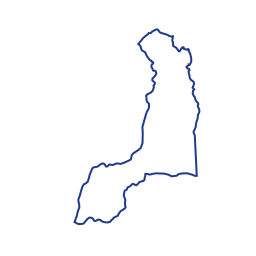 the district of Gadette, Dennery, Saint Lucia, rotated 155°
{"feature_id": "8701671B91623550198243", "entity_name": "Gadette", "entity_type": "district", "adm_level": 2, "iso_a3": "LCA", "parent_name": "Saint Lucia", "parent_adm1": "Dennery", "projection": "albers", "projection_center": [-60.911, 13.957], "detail": "fine", "context": "isolated", "style": "outline", "palette": "blue", "viewbox_px": 256, "rotation_deg": 155, "n_neighbors": 0, "source": "geoboundaries", "source_scale": "gbopen_adm2", "svg_char_len": 5537}
<svg xmlns="http://www.w3.org/2000/svg" viewBox="0 0 256 256"><g transform="rotate(155 128 128)"><path d="M44.4,159.9L43.6,160.6L42.7,161.3L42.0,162.8L41.3,164.4L40.9,166.2L40.6,167.3L40.3,168.9L40.3,170.0L40.4,171.4L40.4,172.5L39.9,173.0L39.8,173.6L40.0,174.0L40.5,174.3L41.3,174.2L41.5,174.2L41.8,174.3L44.0,176.1L44.1,176.4L44.1,176.6L43.6,177.2L43.5,177.4L43.6,177.7L43.8,177.9L44.0,178.0L44.6,178.1L44.8,178.1L45.5,177.7L46.2,177.4L46.4,177.3L46.7,177.1L47.1,176.8L47.5,176.5L47.9,176.2L48.2,176.0L48.4,176.0L48.9,175.8L49.2,175.8L49.6,176.1L49.6,176.3L49.6,176.6L49.9,178.1L50.0,178.5L50.2,179.3L50.2,179.9L50.4,180.4L51.2,181.5L51.7,182.3L51.9,182.5L52.0,182.7L52.2,183.1L52.3,183.4L52.3,183.9L52.2,184.1L51.8,184.7L51.6,184.9L51.5,185.2L51.4,185.5L51.1,186.1L51.0,186.3L50.9,186.6L51.0,186.8L51.1,187.3L51.1,187.6L51.0,187.9L50.7,189.0L50.1,189.8L49.9,190.1L49.4,190.5L49.0,191.3L48.8,191.6L48.6,192.2L48.9,192.2L49.4,192.4L49.6,192.5L49.9,192.5L50.1,192.6L50.4,192.8L50.6,192.9L51.0,193.3L52.0,194.3L52.2,194.7L52.4,195.1L52.7,195.5L53.1,195.9L53.9,196.7L54.3,197.1L54.7,197.4L55.5,198.2L56.7,199.2L57.2,199.7L57.9,200.4L58.1,200.6L58.3,200.8L58.5,201.0L58.7,201.4L58.9,202.1L59.1,203.1L59.3,204.1L59.5,204.5L59.9,205.0L60.1,205.2L60.5,205.3L61.0,205.4L61.6,205.4L62.3,205.4L62.7,205.3L64.7,205.2L65.5,205.2L66.2,204.7L66.4,204.6L67.0,204.5L67.4,204.5L67.7,204.5L68.1,204.7L68.4,204.9L69.0,205.3L69.2,205.2L69.5,205.0L70.0,204.7L70.4,204.6L70.8,204.5L71.3,204.4L72.7,204.1L74.3,203.7L75.9,203.2L76.7,202.9L77.9,202.3L79.3,201.6L80.8,200.9L81.4,200.6L83.1,199.7L82.8,199.3L82.7,198.6L82.2,197.5L82.1,197.2L82.1,196.7L82.1,196.4L82.3,195.9L82.5,195.0L82.5,194.3L82.6,193.7L82.6,193.0L82.4,192.2L81.7,191.0L80.9,190.1L80.7,189.8L80.5,189.5L80.5,189.2L80.5,187.9L80.5,187.1L80.5,186.6L80.5,185.8L80.4,184.9L80.3,184.1L80.2,183.5L80.0,182.6L79.7,181.0L79.4,180.2L78.7,179.4L78.5,179.2L78.4,179.0L78.4,178.9L78.6,178.4L78.6,178.1L78.2,177.8L77.9,177.6L77.7,177.4L77.6,177.1L77.5,176.7L77.6,176.4L77.7,176.1L77.9,175.8L78.1,175.7L79.0,175.6L79.5,175.5L79.9,175.2L80.1,175.0L80.8,173.7L81.0,173.3L80.7,171.8L80.7,171.4L81.0,170.6L81.0,169.6L80.8,169.3L80.6,169.1L79.8,168.8L79.0,168.0L78.9,167.1L79.3,165.4L80.0,164.9L80.6,164.4L81.1,164.1L82.1,163.5L83.5,162.9L84.9,162.5L85.3,161.9L85.8,161.0L85.4,159.7L85.2,159.3L84.8,158.6L84.5,157.6L84.9,156.9L85.2,156.6L85.9,156.1L86.8,155.7L87.0,155.6L87.2,154.5L87.2,154.3L88.2,153.0L90.3,151.1L92.6,150.4L93.2,150.4L96.4,150.4L97.4,149.8L98.1,149.5L98.2,148.3L98.7,147.1L99.1,146.2L99.6,145.1L99.6,143.5L99.1,142.4L98.8,141.4L99.0,140.7L99.6,139.2L100.0,138.3L100.4,137.7L101.0,137.0L101.3,136.6L102.1,136.1L103.6,135.0L104.0,134.8L105.6,133.1L110.8,127.2L111.9,125.8L114.4,123.0L115.5,120.4L116.9,116.9L117.4,115.9L121.2,108.2L125.1,104.4L128.4,103.6L131.3,103.1L133.2,103.0L135.9,102.0L138.1,99.0L138.8,98.3L141.3,98.1L145.2,98.2L149.6,98.5L151.1,99.3L152.2,100.3L153.9,100.8L155.8,100.8L157.3,100.9L157.9,101.1L159.8,102.5L160.7,102.7L163.0,101.9L164.1,102.3L164.3,102.9L164.4,103.7L164.3,104.5L164.9,105.8L165.9,106.6L168.0,106.8L169.5,106.4L170.4,106.2L172.0,105.9L176.3,106.9L176.5,106.8L177.9,106.1L180.9,103.2L182.6,101.7L183.8,100.1L184.5,99.3L186.3,97.3L187.3,96.3L189.4,95.7L191.8,95.6L194.0,94.2L195.2,92.9L195.9,92.1L197.5,90.4L198.9,88.7L199.1,88.3L201.2,86.2L201.8,85.6L203.4,83.9L203.8,82.7L204.1,81.7L204.3,80.9L204.6,79.2L205.9,76.2L206.5,75.8L207.6,74.7L208.2,74.2L208.4,74.0L210.5,71.4L211.3,70.2L211.7,69.7L212.5,69.0L213.3,68.3L215.2,66.3L215.9,65.6L216.2,65.4L215.4,64.4L215.0,63.6L213.6,62.0L211.6,61.0L209.4,60.2L207.9,60.5L206.6,61.2L205.0,61.9L203.2,62.7L201.2,63.1L200.1,62.8L198.6,61.6L198.0,60.3L198.1,58.7L197.5,58.1L197.1,57.6L196.3,57.4L193.9,57.7L192.1,56.6L191.9,55.9L190.7,54.0L189.6,53.0L188.6,52.2L187.1,51.4L186.4,51.0L183.6,50.6L181.7,51.6L180.9,51.8L179.8,52.0L179.1,52.7L174.3,52.8L172.9,54.0L170.8,55.3L169.9,55.7L168.5,55.9L167.2,56.1L166.6,56.1L164.5,56.6L163.8,57.2L163.6,57.4L163.2,59.4L162.8,60.4L162.2,61.8L161.7,62.5L160.8,63.9L160.4,68.6L159.9,69.2L159.1,70.5L158.2,71.7L157.5,72.5L156.0,72.7L155.2,72.7L154.2,73.6L153.6,74.2L152.8,74.4L152.1,74.3L151.4,74.3L150.9,74.3L150.4,74.4L149.1,74.9L147.8,75.4L147.0,75.0L146.4,74.7L146.2,74.6L145.7,73.4L144.6,72.6L142.8,73.1L140.6,74.2L138.9,74.0L136.3,73.5L135.7,73.8L134.9,74.4L134.4,74.8L133.9,76.0L132.6,77.3L132.1,78.1L132.0,78.3L131.6,79.1L130.3,78.5L129.9,78.3L128.8,77.2L128.6,77.0L127.7,76.5L127.1,76.4L126.7,76.3L125.8,76.3L124.4,75.8L122.0,75.2L116.9,72.6L114.0,71.1L112.6,69.8L111.2,68.8L109.7,66.8L108.9,65.8L104.2,64.2L101.2,64.8L97.6,63.7L96.5,63.3L93.4,61.9L91.5,60.2L89.6,58.6L88.0,56.7L86.2,55.7L85.9,55.6L85.4,56.9L81.7,65.8L79.9,70.2L78.1,74.7L70.7,92.8L70.6,93.3L70.5,95.5L70.4,96.2L70.0,97.2L68.9,97.9L67.7,98.9L66.6,100.0L65.9,100.8L64.8,102.7L63.5,104.4L62.6,105.4L61.5,106.5L60.8,107.3L59.1,110.3L57.8,111.3L56.6,112.4L56.1,113.2L55.7,114.6L55.6,115.5L55.6,116.8L55.6,117.1L55.5,117.9L55.2,119.1L54.4,119.5L54.2,120.2L54.0,120.9L54.1,121.5L54.6,122.6L54.8,123.5L54.9,125.2L54.5,127.6L54.4,128.1L54.8,129.0L54.8,129.7L54.9,130.4L54.8,131.3L54.6,132.4L54.3,132.8L53.5,133.9L53.4,134.2L52.8,134.4L51.7,135.0L51.9,135.8L52.5,137.2L50.4,139.1L49.6,140.0L49.1,140.9L49.2,142.6L50.7,145.3L50.9,147.1L50.7,147.8L50.1,149.6L50.0,150.3L49.5,152.8L49.4,153.3L49.3,153.5L49.1,153.8L47.9,154.4L47.7,155.4L47.7,155.7L48.1,156.3L49.0,156.9L49.1,157.4L49.2,158.6L48.5,158.9L47.8,159.2L45.8,159.2L45.8,159.4L45.7,159.3L44.4,159.9Z" fill="none" stroke="#1e3a8a" stroke-width="2"/></g></svg>